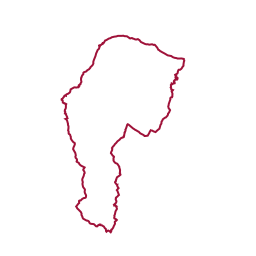 Vatra Moldovitei, Suceava, Romania, rotated 158°
{"feature_id": "2599482B26946498841752", "entity_name": "Vatra Moldovitei", "entity_type": "district", "adm_level": 2, "iso_a3": "ROU", "parent_name": "Romania", "parent_adm1": "Suceava", "projection": "mercator", "projection_center": [25.558, 47.669], "detail": "fine", "context": "isolated", "style": "outline", "palette": "rose", "viewbox_px": 256, "rotation_deg": 158, "n_neighbors": 0, "source": "geoboundaries", "source_scale": "gbopen_adm2", "svg_char_len": 5872}
<svg xmlns="http://www.w3.org/2000/svg" viewBox="0 0 256 256"><g transform="rotate(158 128 128)"><path d="M116.4,217.7L118.6,216.0L119.5,216.3L119.8,215.5L120.1,215.3L120.8,215.6L121.9,215.1L123.7,215.4L124.0,215.3L124.1,215.1L124.0,214.8L123.3,214.5L124.7,213.1L125.1,212.4L126.9,211.7L129.0,209.6L129.5,209.2L131.2,206.9L134.2,203.8L135.2,202.6L135.6,201.9L135.8,201.1L136.0,200.7L137.4,199.5L140.1,198.4L140.6,197.8L141.3,197.6L141.9,197.1L144.2,196.8L145.4,196.1L148.0,196.2L148.7,195.9L149.4,194.5L150.7,194.0L151.7,193.0L151.8,192.7L152.2,192.5L152.5,192.0L152.9,191.8L153.1,191.0L153.5,190.4L153.9,188.2L155.3,187.1L155.6,186.5L156.2,186.5L156.5,186.1L157.2,186.2L157.7,186.0L157.8,185.7L157.7,185.0L158.2,184.9L158.3,184.5L158.7,184.3L159.4,184.7L160.3,184.7L161.1,185.0L162.0,185.6L162.8,185.8L166.7,185.3L168.1,183.2L168.8,182.7L170.7,182.2L171.6,182.3L172.8,182.1L173.2,181.9L173.5,181.1L174.4,181.8L174.9,181.7L175.8,180.8L176.4,180.6L177.9,179.6L178.6,179.7L178.9,179.3L179.0,179.0L178.3,177.9L178.9,176.0L177.8,174.6L177.6,174.7L177.3,174.2L176.8,174.0L176.3,173.3L176.9,172.7L178.1,169.9L178.9,169.0L179.6,168.6L180.1,167.8L180.1,167.5L180.3,167.3L180.1,166.8L180.2,166.1L180.9,165.5L181.1,165.1L180.2,164.1L180.5,163.5L180.3,160.9L180.5,160.5L180.5,159.7L182.5,159.8L182.1,159.2L181.8,158.5L181.7,157.6L181.9,155.7L182.0,155.5L182.0,154.6L182.5,153.4L182.5,152.2L182.6,151.7L183.4,149.8L183.7,149.5L183.9,148.9L184.4,148.4L184.4,146.8L184.9,145.7L185.1,145.0L185.0,144.6L184.5,144.1L184.2,143.4L184.4,142.3L184.3,141.4L185.0,139.5L184.9,139.3L184.7,137.7L184.0,135.4L183.4,134.5L183.1,134.3L183.2,133.1L184.2,131.9L185.8,130.4L186.8,129.0L186.4,125.7L186.2,125.2L186.4,123.4L186.7,122.0L187.5,121.2L187.7,120.0L187.1,118.3L187.2,117.6L187.4,117.1L188.2,116.3L188.2,115.9L186.9,114.4L186.6,113.7L186.6,112.6L186.0,111.3L185.4,110.4L183.0,107.7L183.9,107.0L184.8,106.5L185.2,105.9L184.8,103.9L185.0,102.5L185.7,102.1L187.1,100.1L189.2,98.1L189.9,97.0L190.2,94.7L191.2,93.2L191.7,90.5L191.7,89.9L191.0,87.3L191.1,86.8L191.9,85.5L192.2,84.7L192.3,83.6L192.1,81.7L192.2,80.9L193.0,79.6L193.4,79.3L194.2,79.3L195.3,79.6L197.0,79.4L199.1,78.5L200.1,78.9L200.6,78.8L200.8,78.6L201.4,76.7L202.4,76.4L205.5,74.6L205.2,73.4L205.2,72.5L204.4,70.8L204.1,70.0L203.2,67.8L203.1,66.0L203.6,65.1L203.7,64.8L203.5,63.0L203.7,61.9L203.5,60.7L201.1,57.7L200.3,57.3L199.6,56.6L199.2,55.7L199.3,54.7L198.8,53.5L198.0,52.9L196.2,52.0L195.5,51.4L194.5,49.0L194.3,48.7L193.3,48.3L193.0,48.4L192.7,48.8L192.2,49.0L190.5,49.2L189.9,48.9L190.2,48.4L188.5,47.4L187.9,46.4L187.3,45.7L187.0,43.8L186.4,42.8L186.7,41.5L187.0,40.7L186.8,39.9L185.4,40.4L184.7,40.3L183.8,39.2L183.1,37.8L182.5,38.2L182.0,38.8L181.9,39.2L182.0,39.6L181.8,39.8L181.3,40.1L180.8,40.0L179.0,41.2L178.1,42.2L175.9,44.1L175.5,45.8L175.2,46.1L173.6,46.5L172.8,46.9L173.1,47.7L173.7,48.2L173.9,48.6L174.5,49.3L174.4,50.0L173.7,50.9L173.5,51.9L172.6,52.7L170.8,55.4L168.6,57.1L168.4,57.8L168.4,58.9L168.5,60.0L168.2,60.0L168.4,60.3L168.5,60.8L169.8,61.2L169.7,61.6L169.8,62.1L167.0,63.2L166.1,64.5L166.2,65.2L166.1,66.7L165.6,67.1L165.4,67.8L165.1,68.0L163.3,68.5L162.5,69.0L161.5,69.3L161.4,72.4L161.4,74.1L161.6,74.6L159.4,75.7L159.5,75.9L159.3,76.0L159.7,77.8L159.5,78.9L159.3,79.2L159.5,79.2L159.6,79.4L160.4,82.4L160.0,83.0L159.1,83.3L159.0,83.5L158.8,84.1L158.2,84.6L158.2,84.8L156.7,86.4L153.6,87.1L152.5,87.5L152.6,88.2L152.4,88.6L152.6,88.9L152.3,89.2L152.4,89.4L152.4,89.5L152.0,90.1L151.1,92.0L150.8,95.1L150.6,95.4L151.3,98.8L152.8,100.3L153.3,101.5L153.6,102.8L153.5,103.8L153.1,104.3L152.8,105.5L151.8,106.4L151.8,106.8L152.6,108.3L152.9,110.0L153.3,111.0L153.1,111.4L152.5,112.1L151.1,113.3L150.8,114.0L150.4,114.4L150.3,114.8L150.4,115.4L149.1,116.3L147.3,117.1L146.3,117.9L144.5,118.6L142.8,119.6L140.2,120.3L138.7,121.1L137.6,121.3L136.6,121.1L136.4,121.3L135.7,121.2L135.7,121.4L134.9,121.7L134.8,122.3L134.2,122.7L133.8,123.6L133.3,124.1L133.1,124.6L132.6,125.1L132.7,125.3L131.4,126.3L131.1,126.9L131.0,127.5L130.5,127.8L129.4,129.0L127.4,131.4L126.8,131.6L126.1,130.7L123.4,125.6L122.5,124.4L122.0,123.5L121.0,122.5L120.4,121.5L119.5,120.6L118.6,118.4L116.3,115.8L116.0,115.3L115.7,114.4L114.6,114.0L112.6,113.5L109.8,115.7L109.3,116.3L107.9,117.3L107.8,117.1L107.1,116.9L106.5,116.5L105.6,115.3L104.0,113.9L101.5,114.9L99.1,115.6L96.6,118.8L95.6,119.4L95.2,119.9L94.7,121.1L94.2,121.6L93.5,121.9L92.5,123.0L89.9,123.7L89.0,123.6L86.7,124.7L85.9,125.5L85.6,126.2L84.0,127.1L83.0,128.2L82.7,128.4L82.3,128.8L82.4,129.6L82.9,131.0L82.6,133.0L81.7,134.0L81.3,134.9L77.9,138.8L77.7,139.7L77.5,139.9L77.0,140.2L75.9,140.3L75.6,140.1L75.1,140.6L74.8,141.1L74.6,142.0L74.3,142.3L73.9,143.2L73.8,145.8L72.5,146.0L72.1,146.3L72.8,146.8L73.4,147.9L73.0,148.7L73.3,149.5L72.7,150.1L72.1,151.9L71.3,152.3L70.9,152.9L70.3,152.0L69.6,152.3L68.0,152.0L67.7,152.8L67.7,153.1L67.9,153.3L68.2,153.6L67.9,154.3L67.5,154.6L67.1,154.5L66.5,155.0L65.4,154.9L64.3,154.5L63.6,155.1L63.3,155.9L63.6,156.3L63.9,156.5L65.1,156.6L65.1,157.0L64.4,157.5L64.5,158.0L64.4,158.7L64.4,159.1L63.9,158.9L64.1,159.7L61.9,160.0L61.2,160.6L60.7,161.6L59.6,162.8L59.0,163.0L58.0,162.5L56.4,162.9L55.0,163.8L54.4,164.4L53.5,164.7L53.1,165.2L52.8,166.1L51.3,168.6L50.7,169.2L50.5,169.8L50.8,171.1L50.6,171.3L52.3,172.4L56.0,173.8L56.8,174.6L58.6,175.7L60.0,177.0L60.9,178.5L64.0,180.5L66.1,183.3L68.2,185.8L68.5,186.3L69.3,187.1L69.9,188.5L70.6,189.2L70.8,191.7L71.1,192.4L71.8,194.7L72.1,195.2L73.1,195.4L74.3,196.6L77.1,197.3L78.4,198.3L79.4,198.6L80.6,199.4L83.8,202.9L84.5,205.3L85.2,206.1L85.5,206.7L85.8,206.8L86.8,206.8L88.1,207.4L89.4,208.7L90.0,209.1L90.2,209.5L90.6,209.9L91.1,210.1L92.1,210.1L92.9,210.6L92.9,211.0L93.3,211.4L94.6,213.4L96.9,214.5L97.9,215.4L99.2,215.7L102.9,217.2L104.6,217.3L106.4,217.8L109.1,218.2L110.6,217.9L112.3,218.1L115.2,217.6L116.4,217.7Z" fill="none" stroke="#9f1239" stroke-width="2"/></g></svg>